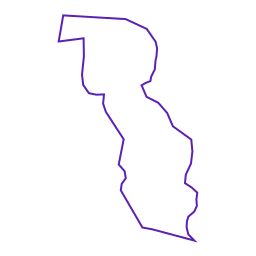 Rukungiri, Mercator projection
{"feature_id": "UGA-3373", "entity_name": "Rukungiri", "entity_type": "District", "adm_level": 1, "iso_a3": "UGA", "parent_name": "Uganda", "parent_adm1": "", "projection": "mercator", "projection_center": [29.905, -0.722], "detail": "fine", "context": "isolated", "style": "outline", "palette": "violet", "viewbox_px": 256, "rotation_deg": 0, "n_neighbors": 0, "source": "natural_earth", "source_scale": "10m", "svg_char_len": 696}
<svg xmlns="http://www.w3.org/2000/svg" viewBox="0 0 256 256"><path d="M58.7,41.5L63.2,15.4L125.6,19.1L146.7,28.9L155.6,41.7L157.1,48.3L156.5,56.1L155.5,60.8L154.8,69.4L151.2,76.6L150.4,81.1L145.7,82.9L141.6,85.3L146.5,96.8L158.3,102.8L167.2,113.0L172.9,126.3L191.3,139.6L192.4,151.5L191.0,163.5L185.8,174.7L185.0,183.2L191.7,187.5L197.3,192.7L196.4,199.5L196.9,205.9L194.3,211.5L188.3,216.7L186.9,221.6L186.6,227.3L188.3,234.4L194.4,240.6L152.2,229.3L142.4,227.5L120.8,190.3L121.7,183.9L125.8,178.2L124.6,171.2L118.7,164.5L123.7,139.3L105.9,111.9L103.1,103.6L104.0,94.4L96.3,94.7L88.9,93.2L83.2,84.9L82.0,74.7L83.9,56.4L83.6,38.3L58.7,41.5Z" fill="none" stroke="#5b21b6" stroke-width="2"/></svg>